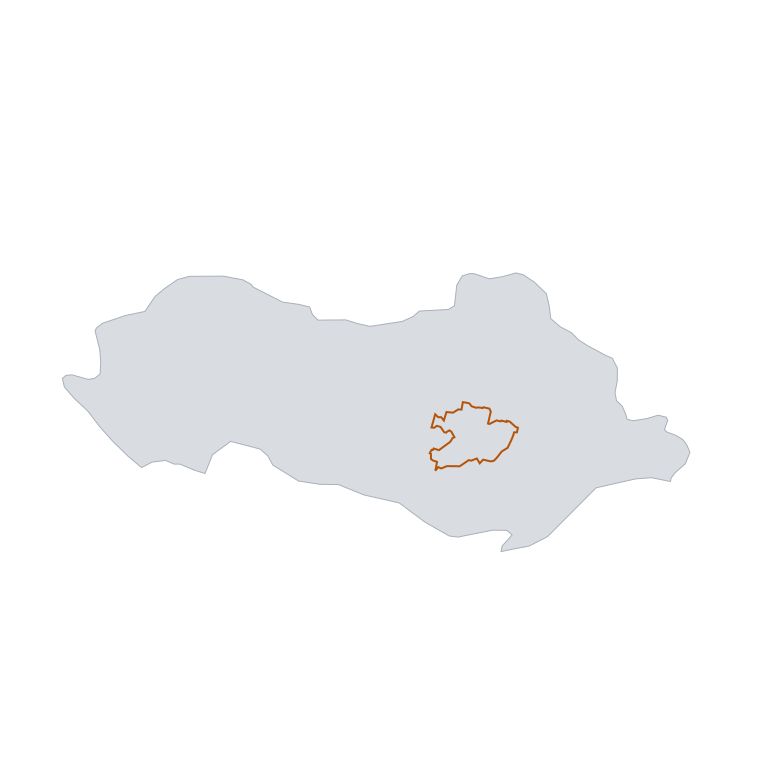 Berat, Berat, Albania (highlighted), rotated 284°
{"feature_id": "67620474B3220488890929", "entity_name": "Berat", "entity_type": "district", "adm_level": 2, "iso_a3": "ALB", "parent_name": "Albania", "parent_adm1": "Berat", "projection": "equal_earth", "projection_center": [19.979, 40.671], "detail": "fine", "context": "in_parent", "style": "outline", "palette": "amber", "viewbox_px": 768, "rotation_deg": 284, "n_neighbors": 0, "source": "geoboundaries", "source_scale": "gbopen_adm2", "svg_char_len": 2414}
<svg xmlns="http://www.w3.org/2000/svg" viewBox="0 0 768 768"><g transform="rotate(284 384 384)"><path d="M253.9,232.0L254.4,221.7L256.9,205.3L255.5,199.8L257.0,190.5L252.2,178.0L244.3,169.0L252.0,153.1L263.3,133.9L273.7,118.7L286.3,102.8L294.7,87.6L303.8,74.6L311.5,70.6L315.4,73.3L317.4,79.0L316.9,96.0L319.5,101.8L324.9,106.1L336.2,104.0L348.8,99.8L365.7,90.8L368.6,91.4L374.8,96.1L387.9,116.5L396.6,134.5L413.6,140.7L423.2,147.7L435.4,158.4L441.4,169.2L449.8,202.1L450.9,222.0L448.5,231.1L446.4,233.4L438.9,265.9L440.7,282.4L440.7,293.3L434.2,297.6L430.0,304.5L437.0,331.6L436.2,343.2L436.5,356.4L449.2,386.7L456.7,396.1L463.3,400.6L471.9,428.5L477.0,433.4L497.7,430.7L507.8,433.8L511.9,440.5L512.8,445.0L511.5,460.7L516.7,472.8L523.7,485.2L523.7,492.8L519.2,505.2L510.9,519.7L499.9,525.3L487.8,530.0L482.1,541.3L479.2,553.3L473.8,562.3L470.5,572.0L465.4,592.0L464.2,599.3L456.0,606.6L443.3,609.6L431.8,610.2L424.1,613.6L420.2,620.4L413.0,626.0L408.6,628.4L408.6,634.5L413.9,647.2L420.0,657.5L420.1,665.8L417.2,668.1L407.8,667.1L405.8,670.1L404.8,679.4L402.4,687.3L398.5,692.2L391.8,697.4L379.6,695.7L368.1,687.8L362.1,685.3L358.7,685.6L357.8,666.2L352.8,651.1L334.6,614.9L275.6,579.7L261.8,563.9L255.7,550.6L249.7,538.1L255.5,537.8L261.3,541.0L268.6,544.8L271.7,538.5L268.5,524.8L253.4,492.9L252.3,484.1L259.8,457.4L272.3,427.5L271.5,391.3L275.4,364.0L271.2,346.3L269.2,324.6L278.4,295.8L286.1,288.7L290.9,279.6L291.2,249.0L273.9,234.7L253.9,232.0Z" fill="#d9dde1" stroke="#a8b0b8" stroke-width="1"/><path d="M353.3,440.6L353.7,443.3L356.2,445.4L356.0,449.3L351.8,454.0L351.8,456.0L352.7,456.5L354.8,458.6L354.0,460.9L349.4,465.2L348.0,463.5L345.7,462.9L343.7,462.1L333.1,453.3L333.4,447.7L331.7,447.3L331.6,446.1L327.9,445.1L327.5,446.5L322.6,447.7L321.6,450.2L321.3,454.3L312.3,454.8L316.5,456.8L315.9,460.0L319.5,464.8L322.5,477.4L330.7,484.7L330.7,487.1L334.2,492.1L330.2,496.1L334.6,498.5L334.7,506.3L336.1,509.2L340.0,511.4L347.1,514.6L352.0,519.4L360.4,521.1L365.2,521.8L368.6,521.9L369.3,524.7L374.0,524.5L374.2,522.1L377.9,515.2L378.0,512.0L376.8,512.0L376.9,506.8L375.9,506.1L375.9,502.0L370.7,496.0L370.8,494.5L383.1,494.3L385.6,492.2L385.5,486.1L384.5,485.5L384.2,481.7L383.2,478.8L383.6,474.3L385.8,471.6L385.8,468.8L385.5,464.9L377.9,465.4L377.3,462.2L372.9,457.9L371.9,451.4L363.0,450.9L365.6,447.6L364.9,444.5L367.0,441.0L353.3,440.6Z" fill="none" stroke="#b45309" stroke-width="2"/></g></svg>